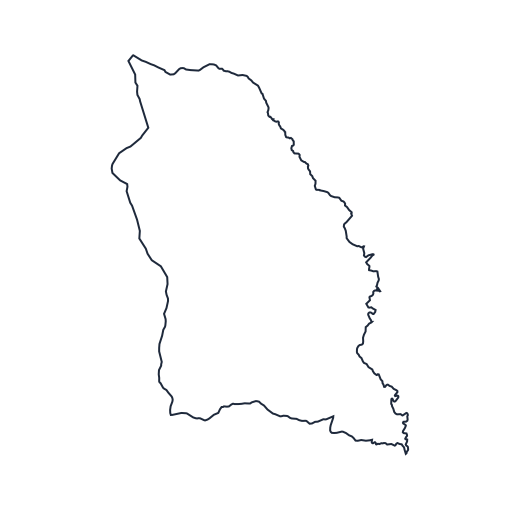 the district of Talmaciu, Sibiu, Romania, rotated 84°
{"feature_id": "2599482B75206169001308", "entity_name": "Talmaciu", "entity_type": "district", "adm_level": 2, "iso_a3": "ROU", "parent_name": "Romania", "parent_adm1": "Sibiu", "projection": "mercator", "projection_center": [23.935, 45.563], "detail": "fine", "context": "isolated", "style": "outline", "palette": "slate", "viewbox_px": 512, "rotation_deg": 84, "n_neighbors": 0, "source": "geoboundaries", "source_scale": "gbopen_adm2", "svg_char_len": 6099}
<svg xmlns="http://www.w3.org/2000/svg" viewBox="0 0 512 512"><g transform="rotate(84 256 256)"><path d="M333.6,147.5L333.5,148.2L332.0,148.3L329.9,149.4L326.1,150.6L324.9,150.3L324.2,149.5L324.0,148.8L324.1,148.0L324.6,147.1L325.8,146.0L326.0,145.1L324.1,143.3L322.2,142.7L320.2,145.6L319.1,146.6L319.2,148.6L318.9,149.6L315.1,151.3L311.9,147.3L308.8,147.5L308.2,146.9L307.8,145.1L306.7,143.7L305.5,143.2L304.1,143.2L303.1,142.3L302.7,141.2L303.1,139.0L301.8,139.3L301.4,139.0L304.1,136.6L304.0,136.2L300.4,138.1L299.0,139.5L297.6,138.7L295.2,137.9L293.2,136.6L291.8,136.2L289.2,136.7L284.1,136.9L283.6,138.1L283.5,140.9L282.5,143.0L281.9,145.0L280.9,145.0L278.6,144.3L277.7,144.3L275.6,146.3L273.8,147.1L269.6,142.1L267.8,140.4L267.0,138.9L266.7,138.9L266.5,139.2L266.4,140.1L267.1,144.1L268.6,146.7L268.1,147.7L266.8,148.6L264.5,148.0L259.9,148.7L257.7,147.6L257.6,148.0L258.4,149.6L258.4,150.2L256.8,152.8L256.9,154.3L254.4,158.7L251.8,161.6L248.6,163.5L247.6,164.0L246.1,163.8L240.3,164.1L237.7,164.8L236.0,165.6L234.1,165.2L233.2,164.6L231.9,162.6L226.0,156.3L223.8,156.9L223.4,156.4L222.5,156.3L220.0,158.6L216.8,160.4L215.1,162.2L213.3,161.9L211.9,162.5L210.9,163.3L210.0,165.3L206.8,167.1L206.3,168.5L205.8,171.6L204.2,175.1L203.2,176.1L200.7,177.5L199.9,178.5L198.5,181.9L197.4,185.5L197.2,185.5L196.8,186.4L196.5,189.0L196.0,189.5L192.4,190.2L190.4,189.3L187.4,188.9L184.5,191.2L182.4,191.7L180.3,193.5L177.5,193.4L175.4,194.7L174.3,195.1L172.3,195.0L171.7,194.5L170.2,194.8L169.3,196.2L167.7,197.5L167.4,198.6L165.6,201.0L161.9,202.4L160.1,202.0L159.2,202.5L158.6,203.2L158.0,207.0L156.8,207.9L155.5,208.1L154.4,209.4L152.5,209.6L150.3,208.7L150.0,207.4L149.3,206.8L145.9,206.5L144.8,207.3L143.6,207.6L142.2,209.0L142.5,210.1L141.6,211.3L141.3,212.9L140.9,213.6L138.6,214.2L135.8,214.0L135.3,214.6L134.6,214.7L133.3,215.8L131.7,217.9L129.6,218.4L128.7,219.1L126.9,219.6L125.6,219.3L124.6,219.7L124.4,220.4L124.6,221.7L124.0,223.1L123.2,224.0L122.9,224.7L122.6,224.9L121.8,224.4L121.4,225.8L119.9,226.5L119.0,227.3L119.1,227.9L118.8,228.2L117.6,229.1L115.0,229.2L114.2,229.5L112.2,228.5L110.1,228.0L109.2,228.1L104.6,229.8L102.8,229.9L100.3,231.6L95.4,232.6L94.9,233.4L89.0,235.3L86.8,236.2L83.2,240.8L80.9,242.3L78.6,244.8L77.1,245.4L75.9,246.5L74.6,250.4L74.6,255.0L72.3,259.0L71.4,261.2L69.9,263.3L69.2,265.3L69.2,266.4L68.3,268.8L67.4,269.2L66.2,270.2L66.0,272.8L65.3,273.7L62.3,275.7L61.3,277.5L60.9,278.8L60.4,282.1L62.8,288.5L65.1,292.3L65.6,293.7L64.3,301.5L63.2,306.1L61.7,308.1L61.4,309.5L61.4,311.4L62.1,312.9L65.8,317.2L66.7,318.9L66.6,322.4L63.5,326.8L61.6,327.6L58.3,333.4L55.7,337.4L54.2,340.6L51.4,345.3L49.6,349.2L43.6,357.0L43.7,357.5L48.7,362.5L62.9,357.2L70.9,357.8L74.3,356.1L80.1,357.1L83.4,357.1L87.8,355.3L90.0,355.1L117.2,349.7L124.3,356.6L126.5,358.2L134.0,369.4L135.2,373.5L139.5,381.4L149.4,389.0L150.9,389.7L153.9,390.4L158.4,390.1L166.6,383.2L171.0,376.6L173.7,376.6L178.0,377.9L189.9,375.5L193.0,374.0L207.4,370.5L218.9,368.9L226.4,370.2L237.2,364.8L242.4,363.6L249.3,360.1L256.3,351.7L267.7,346.5L274.7,346.9L281.8,349.3L285.2,349.0L289.1,348.0L291.6,348.2L298.5,350.5L303.9,353.5L309.3,352.5L311.5,352.6L315.5,353.4L316.9,353.9L319.7,355.9L325.5,357.7L333.4,361.2L337.2,361.9L340.8,362.3L351.5,360.8L353.7,361.6L355.2,361.8L359.3,364.4L363.5,365.1L367.1,365.0L370.5,365.4L371.6,365.1L372.5,364.2L377.3,362.2L378.3,361.3L379.9,359.1L382.7,357.5L387.0,354.5L388.7,354.0L390.3,353.9L392.1,354.4L396.5,356.6L400.1,357.5L403.2,357.7L405.2,357.3L405.3,356.0L404.3,346.6L405.1,341.9L405.4,341.1L410.0,335.3L411.1,332.8L411.4,331.5L411.3,330.0L411.6,328.5L414.0,324.5L414.2,323.8L413.6,321.3L412.7,319.4L409.5,314.5L408.1,309.9L404.6,307.8L402.6,306.0L402.7,304.5L402.2,303.6L402.8,300.7L402.8,298.7L401.1,296.0L400.5,294.3L401.0,292.9L401.4,289.3L401.5,285.7L401.3,282.7L402.0,278.2L402.0,277.0L401.2,275.8L400.9,274.5L400.3,271.4L400.5,270.2L401.2,268.2L403.4,266.4L405.5,263.7L409.9,260.6L414.5,255.6L415.3,253.5L418.0,248.7L418.0,247.2L417.7,245.4L418.3,242.0L418.6,241.2L420.6,239.0L421.3,237.5L422.2,232.7L423.8,230.2L424.8,227.5L425.1,223.6L425.5,222.9L428.4,220.2L428.4,217.8L427.1,214.6L427.2,211.8L425.4,206.1L425.8,203.9L425.7,203.0L423.5,195.9L425.1,196.2L432.1,199.4L434.4,200.1L437.3,200.5L438.8,200.0L439.8,199.1L440.2,196.8L440.3,194.2L439.6,189.1L439.8,188.0L441.5,185.0L444.1,182.1L445.4,179.6L447.2,178.0L450.0,176.3L450.4,174.1L450.0,170.6L451.2,166.0L451.2,162.2L450.9,159.8L453.1,160.4L453.9,160.2L454.4,159.6L454.4,158.9L453.6,157.5L453.7,157.0L454.4,156.5L455.8,156.3L456.0,155.9L455.5,154.4L455.9,152.9L455.3,150.9L455.6,149.5L455.4,148.6L455.5,147.3L455.9,146.5L457.2,145.3L457.1,141.1L459.1,137.8L458.7,137.0L457.4,136.1L456.8,134.9L458.0,132.8L458.5,130.8L460.0,130.1L461.2,129.1L462.6,128.6L463.6,128.6L468.4,127.7L467.8,126.9L466.6,126.6L464.9,125.1L464.1,124.9L461.8,124.9L461.0,125.4L460.2,126.4L459.1,126.8L456.2,125.1L454.3,124.8L454.1,125.2L453.9,126.3L453.4,126.7L451.9,125.8L450.7,124.6L449.8,124.5L448.2,124.9L447.6,127.6L446.7,128.4L445.5,128.1L442.5,125.8L440.4,124.7L439.7,124.9L437.9,127.1L437.3,127.3L436.3,126.7L436.4,124.0L435.6,122.7L434.5,122.3L431.3,122.3L430.1,121.6L429.1,121.7L428.2,122.1L427.8,122.9L429.8,126.6L429.9,127.1L428.4,128.7L428.2,132.3L427.3,133.7L425.6,134.8L422.3,135.4L419.6,136.4L418.4,136.4L417.2,137.0L412.9,136.4L412.2,136.1L412.0,135.6L412.3,135.2L414.4,134.5L414.9,134.2L415.3,133.2L414.8,132.3L411.6,129.3L410.4,129.1L409.9,129.4L409.6,130.0L409.9,132.2L409.3,132.5L408.6,132.1L406.2,129.6L405.1,129.5L404.2,130.3L402.5,133.0L400.1,134.7L399.2,136.7L397.8,138.2L397.7,138.9L398.0,139.7L399.7,141.5L399.5,142.3L397.1,142.7L395.9,143.4L393.7,143.4L391.7,144.9L386.6,146.3L386.3,147.2L387.0,148.2L387.0,148.5L385.1,150.6L382.7,151.8L381.0,152.2L378.3,155.7L375.0,157.3L373.6,159.8L372.0,160.7L368.5,161.8L366.8,163.5L364.9,164.2L363.2,165.5L362.0,165.7L359.1,165.3L357.9,164.8L356.2,163.5L355.4,162.2L355.2,160.0L354.3,158.8L352.1,158.3L348.5,158.1L345.6,156.9L342.5,154.9L338.2,154.3L336.9,152.3L335.1,150.6L334.1,148.1L333.6,147.5Z" fill="none" stroke="#1e293b" stroke-width="2"/></g></svg>